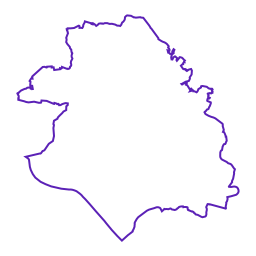 outline of Simian, Mehedinti, Romania
{"feature_id": "2599482B5228411789707", "entity_name": "Simian", "entity_type": "district", "adm_level": 2, "iso_a3": "ROU", "parent_name": "Romania", "parent_adm1": "Mehedinti", "projection": "albers", "projection_center": [22.742, 44.63], "detail": "fine", "context": "isolated", "style": "outline", "palette": "violet", "viewbox_px": 256, "rotation_deg": 0, "n_neighbors": 0, "source": "geoboundaries", "source_scale": "gbopen_adm2", "svg_char_len": 5656}
<svg xmlns="http://www.w3.org/2000/svg" viewBox="0 0 256 256"><path d="M232.1,182.2L232.0,181.5L232.2,180.6L233.1,178.8L234.1,173.7L234.0,172.2L234.9,169.2L234.1,168.5L231.7,165.0L230.6,164.0L228.1,163.2L226.8,162.0L222.1,159.6L221.3,158.9L220.7,158.0L220.3,157.1L220.2,155.9L220.3,152.5L220.7,151.2L221.2,150.5L221.9,150.2L222.1,149.7L222.6,146.7L223.4,145.0L224.1,144.1L225.2,144.0L225.6,143.5L225.9,142.3L226.6,141.0L226.7,140.6L226.2,136.7L225.7,136.7L225.6,135.8L225.0,134.1L224.1,132.2L223.0,131.9L223.8,129.9L222.7,126.0L222.8,125.3L222.7,124.1L222.3,123.6L215.4,118.4L213.5,117.5L211.4,116.9L208.6,115.8L205.6,114.1L205.4,113.9L204.5,112.2L204.9,111.7L205.8,111.1L207.0,109.5L208.1,109.2L208.5,108.9L209.1,107.2L209.8,106.1L210.8,103.4L210.8,102.4L207.4,101.0L207.2,100.7L207.4,99.4L207.8,98.4L208.4,98.4L208.9,98.6L209.2,98.3L209.6,98.2L209.8,97.8L208.6,97.2L208.3,96.9L208.3,96.4L208.1,96.1L208.3,95.3L208.6,95.2L208.6,94.9L207.7,93.8L207.9,93.5L209.6,93.1L211.1,93.4L211.6,92.6L212.4,92.8L212.6,91.7L211.8,90.4L211.8,90.1L212.4,89.9L212.6,89.6L212.2,88.8L211.7,88.7L210.6,88.9L210.0,88.8L209.9,88.6L208.7,88.4L206.8,86.8L202.5,86.0L201.6,86.1L201.1,86.3L201.0,87.5L198.4,89.1L197.8,90.7L197.3,91.6L196.6,92.3L194.2,91.2L193.3,91.3L193.1,90.5L192.2,90.6L190.0,91.2L190.8,90.0L190.7,89.7L191.7,89.2L191.2,88.6L189.7,89.2L187.3,85.3L186.1,84.8L186.7,83.4L184.7,83.3L183.7,83.5L182.9,83.9L182.5,84.4L181.8,84.4L181.5,84.0L182.0,83.9L182.2,83.7L185.7,81.7L188.9,80.9L189.9,78.7L189.7,77.4L191.6,74.5L191.9,70.6L191.1,69.0L189.0,69.5L186.9,71.0L186.2,70.5L186.7,69.8L185.3,69.1L184.9,69.4L184.3,69.3L184.3,69.0L183.1,68.9L180.9,65.7L182.3,64.4L183.1,64.2L183.0,63.7L183.3,62.9L184.0,62.3L184.4,62.3L184.1,61.6L184.9,60.5L184.1,59.9L183.3,59.1L183.2,58.8L181.9,57.7L180.3,57.2L179.6,57.2L178.9,58.4L176.9,60.8L176.5,60.2L176.6,59.6L177.4,58.3L176.0,57.2L175.4,56.5L174.9,56.4L174.3,56.7L173.4,57.5L172.4,59.5L171.7,59.4L171.8,58.9L171.4,58.7L171.2,57.6L171.3,56.7L171.6,56.2L171.5,55.1L173.7,53.0L173.4,52.4L174.4,49.8L173.6,49.2L172.3,51.4L172.4,52.8L171.5,53.6L170.1,53.9L169.2,52.9L168.2,52.7L167.6,50.3L168.3,50.5L168.7,51.4L169.4,50.9L169.6,49.8L169.0,48.4L168.3,47.9L168.1,47.5L168.7,46.2L167.1,44.2L166.2,43.4L164.6,42.4L162.9,41.8L161.5,41.1L158.4,39.2L158.3,38.1L151.8,29.2L151.3,28.5L150.6,28.0L150.2,27.1L149.2,25.5L143.3,17.8L140.8,17.5L140.3,17.2L136.4,17.6L135.4,17.6L134.4,17.3L133.9,17.4L131.0,15.8L127.1,15.4L125.9,16.2L125.0,17.2L124.8,19.2L124.4,20.2L123.3,21.7L122.2,22.5L121.7,23.5L121.3,24.7L120.2,26.0L119.2,25.7L117.1,25.6L115.3,24.6L112.0,23.8L109.5,23.9L107.2,23.1L104.9,23.1L103.0,23.8L102.0,23.4L101.6,23.6L100.3,23.4L98.8,23.7L97.6,25.0L96.2,25.9L94.7,24.3L93.2,23.4L92.9,24.4L91.5,24.0L91.6,23.2L90.3,23.0L84.9,21.4L84.7,22.4L83.3,24.9L83.1,26.6L82.3,28.0L80.5,27.8L79.5,27.9L79.5,26.2L79.2,25.8L78.6,25.7L74.1,28.0L71.0,28.3L67.7,28.3L67.7,28.9L66.7,29.1L67.0,30.6L67.6,31.2L67.6,32.0L68.0,33.2L67.1,35.4L66.2,37.9L66.5,38.8L66.6,39.8L66.2,42.1L67.4,44.1L69.8,46.9L70.0,48.1L71.3,49.8L71.3,50.7L71.9,53.3L72.0,52.7L72.3,53.2L71.6,55.3L71.6,56.4L71.8,57.4L72.4,58.4L72.4,58.7L71.1,61.1L70.8,62.9L71.2,64.2L71.2,65.4L70.9,66.0L70.1,66.7L69.9,67.1L70.0,67.6L69.8,68.0L69.2,68.6L67.9,69.0L67.5,68.7L66.9,68.8L62.1,67.0L62.2,67.8L61.5,68.4L60.1,68.1L60.2,69.2L54.2,70.0L53.6,67.3L51.7,67.5L51.7,66.4L47.0,66.7L46.8,67.4L46.5,67.5L44.5,66.8L42.7,67.0L32.4,76.3L31.7,77.8L32.5,78.1L32.5,78.6L31.7,78.3L30.9,78.9L29.6,81.0L30.5,81.8L30.2,85.0L30.3,85.6L32.2,85.8L32.8,89.0L32.1,89.1L32.0,88.6L31.0,88.7L30.9,88.3L30.5,88.3L30.3,87.4L27.3,87.7L26.0,88.7L24.6,88.9L21.1,90.5L18.8,92.5L18.3,93.5L18.0,93.2L17.8,93.1L17.4,93.4L17.9,94.6L18.7,95.9L18.7,98.3L18.3,98.3L18.3,99.8L24.3,101.3L26.2,102.0L28.6,102.4L34.1,101.7L38.9,102.8L40.9,102.7L41.3,101.8L41.5,100.5L46.7,100.9L53.6,103.8L54.1,103.9L54.4,102.9L56.4,103.5L57.1,104.1L57.7,104.1L58.1,103.8L58.6,104.0L59.1,105.2L60.5,105.1L62.2,104.1L64.7,103.3L65.8,103.1L67.8,103.4L67.7,105.1L66.3,106.3L66.2,110.1L63.5,111.5L62.2,113.1L59.6,115.6L57.8,117.5L57.5,118.7L54.0,120.7L53.4,124.1L53.9,124.8L53.9,125.5L53.4,128.0L54.0,136.0L52.9,141.0L48.8,143.8L44.6,150.0L43.7,150.7L42.6,151.0L41.0,153.2L40.6,153.5L39.8,153.5L25.7,156.8L28.3,158.6L29.0,159.8L29.9,166.9L30.8,170.0L32.8,174.1L35.3,177.6L40.6,181.8L45.6,184.2L51.2,186.4L61.3,188.7L68.7,189.5L70.7,189.5L72.6,189.8L74.5,190.4L76.5,191.2L79.9,193.7L81.5,195.1L82.9,196.8L85.3,199.2L89.7,204.1L95.8,211.2L104.4,220.9L106.1,223.1L111.8,230.0L117.4,236.1L121.9,240.6L128.0,235.1L132.7,231.5L132.7,230.6L133.4,229.6L134.5,226.8L134.6,225.0L134.8,223.9L134.6,223.2L134.9,222.3L136.7,219.1L138.2,217.2L146.9,210.7L149.1,209.6L154.0,208.2L156.5,207.3L158.0,207.2L159.6,207.7L160.3,208.2L161.9,211.3L163.9,209.5L164.3,208.9L165.2,209.2L166.0,209.0L168.5,209.2L169.9,208.6L170.7,208.5L171.8,209.4L174.8,210.0L176.6,209.3L177.3,208.4L178.1,208.0L178.9,207.1L180.2,206.6L181.9,206.4L183.0,206.4L183.3,207.2L184.0,207.0L186.0,207.0L187.2,207.2L187.6,207.5L187.6,208.5L187.7,209.1L187.9,209.5L188.4,209.8L188.3,210.1L192.0,211.6L192.2,211.4L193.2,211.8L193.7,212.2L194.0,212.9L194.8,213.3L195.6,214.4L197.8,214.9L201.3,216.8L202.5,217.2L205.3,216.5L206.0,215.8L206.4,214.2L206.3,212.4L206.8,210.0L206.8,208.8L206.2,207.1L207.6,204.1L208.0,204.0L208.6,204.3L209.8,204.5L209.9,204.3L225.7,208.6L225.9,208.4L225.9,208.0L225.7,206.5L226.3,203.6L226.2,202.6L227.1,201.0L227.6,198.9L227.3,197.1L231.3,196.2L236.1,194.8L236.7,194.4L237.5,193.6L238.2,192.7L238.4,192.1L238.6,191.2L238.4,189.7L237.8,188.3L236.9,187.3L235.8,186.8L234.2,186.5L230.9,187.0L229.0,186.8L228.9,186.5L232.1,182.2Z" fill="none" stroke="#5b21b6" stroke-width="2"/></svg>